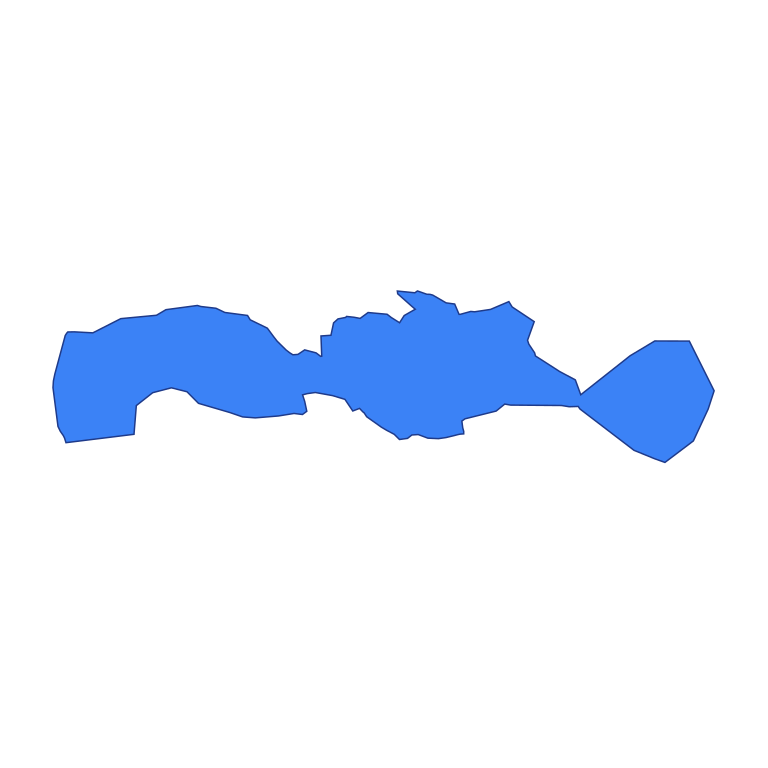 Atisbo, Oyo, Nigeria (Mercator projection), rotated 7°
{"feature_id": "59680162B75725109309044", "entity_name": "Atisbo", "entity_type": "district", "adm_level": 2, "iso_a3": "NGA", "parent_name": "Nigeria", "parent_adm1": "Oyo", "projection": "mercator", "projection_center": [3.283, 8.407], "detail": "fine", "context": "isolated", "style": "filled", "palette": "blue", "viewbox_px": 768, "rotation_deg": 7, "n_neighbors": 0, "source": "geoboundaries", "source_scale": "gbopen_adm2", "svg_char_len": 1800}
<svg xmlns="http://www.w3.org/2000/svg" viewBox="0 0 768 768"><g transform="rotate(7 384 384)"><path d="M142.0,464.4L140.8,435.6L155.5,420.8L173.4,413.7L189.4,415.7L202.2,425.8L234.5,431.1L247.7,433.9L260.4,433.3L283.1,428.6L298.3,424.2L306.8,424.2L310.7,420.5L307.4,410.9L304.5,404.7L309.0,402.9L316.9,400.8L334.4,401.8L347.1,404.0L356.3,414.6L362.7,411.2L366.0,413.9L367.2,414.8L367.6,414.8L370.8,418.6L386.5,427.1L392.2,429.6L400.3,432.7L406.1,437.2L414.0,435.1L417.9,431.2L424.1,430.0L434.1,432.4L444.7,431.6L452.1,429.6L459.8,426.7L463.3,425.3L465.6,424.5L469.2,423.8L468.9,421.3L467.5,417.9L465.8,411.3L468.6,408.7L498.6,397.2L498.9,396.9L506.3,389.2L512.2,389.5L562.8,383.7L570.6,384.0L579.5,382.6L581.5,384.9L640.3,419.4L661.7,425.2L672.4,427.6L698.0,402.8L708.8,369.4L712.5,350.5L681.8,304.2L647.5,308.3L624.8,326.0L580.6,370.7L573.4,356.6L556.8,350.2L530.9,337.7L529.7,334.7L522.9,326.8L521.1,323.0L521.3,322.4L525.5,303.8L501.8,291.9L497.9,287.0L480.6,297.0L465.1,301.3L461.3,301.4L451.1,305.6L450.0,305.7L444.4,296.0L435.8,295.9L421.5,289.8L418.7,289.4L415.6,289.7L406.0,287.6L405.8,287.6L403.5,289.7L399.0,289.8L385.9,290.1L386.6,292.8L402.0,303.4L405.9,306.0L401.3,309.4L395.7,313.6L392.0,321.3L383.1,317.1L378.6,314.4L359.5,315.0L352.3,321.8L346.2,321.4L338.6,321.5L337.8,322.6L330.4,325.0L326.5,329.5L325.4,342.1L315.6,344.0L318.8,364.0L317.8,364.3L312.8,361.4L301.1,359.8L295.0,365.1L290.0,366.1L286.4,364.4L282.7,362.2L272.7,354.5L268.9,350.7L261.4,342.8L243.4,336.6L240.2,332.6L217.3,332.4L208.0,329.3L192.8,329.4L189.2,328.8L158.5,336.8L149.8,343.5L114.8,351.2L88.8,368.7L70.1,370.0L63.8,370.9L62.9,372.2L61.7,374.7L56.1,414.1L55.5,421.2L55.9,428.0L65.6,465.9L68.5,470.4L72.0,474.3L73.5,476.6L75.5,481.0L142.0,464.4Z" fill="#3b82f6" stroke="#1e3a8a" stroke-width="1.5"/></g></svg>